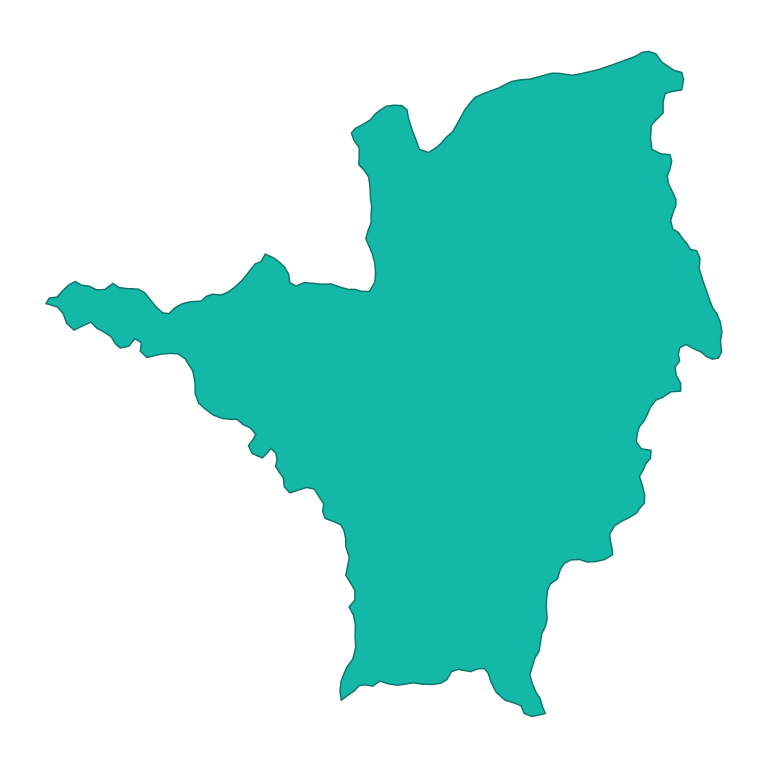 Sete Lagoas, Minas Gerais, Brazil
{"feature_id": "56859067B67283599101472", "entity_name": "Sete Lagoas", "entity_type": "district", "adm_level": 2, "iso_a3": "BRA", "parent_name": "Brazil", "parent_adm1": "Minas Gerais", "projection": "orthographic", "projection_center": [-44.272, -19.446], "detail": "fine", "context": "isolated", "style": "filled", "palette": "teal", "viewbox_px": 768, "rotation_deg": 0, "n_neighbors": 0, "source": "geoboundaries", "source_scale": "gbopen_adm2", "svg_char_len": 4024}
<svg xmlns="http://www.w3.org/2000/svg" viewBox="0 0 768 768"><path d="M428.6,152.5L419.4,149.4L415.7,139.2L411.7,128.7L408.5,118.5L406.9,109.7L401.8,105.6L394.0,105.2L386.4,106.3L380.7,109.7L375.6,113.7L370.3,119.9L362.4,124.7L355.3,128.4L351.4,133.0L353.9,140.2L359.2,147.7L359.2,155.9L358.8,164.7L364.6,170.8L368.7,177.2L369.7,184.7L370.3,190.9L370.4,198.3L371.7,206.5L371.1,215.0L371.1,222.8L368.2,230.2L365.8,238.7L368.7,245.3L372.3,253.6L375.0,264.2L375.5,272.8L375.0,281.8L369.5,291.4L361.7,291.4L355.1,289.4L348.4,289.4L341.0,287.4L331.3,284.0L320.4,284.2L313.0,283.3L304.4,282.6L296.0,286.0L289.7,282.6L288.7,274.4L284.5,267.0L278.7,261.6L273.3,257.8L265.3,254.1L261.2,261.5L255.1,264.0L249.6,271.0L242.8,279.6L234.6,287.3L227.9,292.2L221.0,295.1L212.8,294.2L206.4,296.3L201.2,301.1L189.9,301.8L181.7,304.0L174.9,307.9L168.8,313.6L162.7,312.9L156.7,307.5L151.2,301.0L144.8,292.9L138.5,289.2L132.6,288.8L126.5,288.6L118.9,287.5L113.0,283.4L104.8,289.5L96.8,289.9L89.0,286.1L81.6,285.2L75.3,281.5L68.9,284.8L62.8,290.6L57.1,297.1L49.3,298.0L46.1,303.6L57.3,306.9L63.2,313.7L66.6,323.2L74.0,330.1L83.3,325.5L90.9,322.1L96.8,328.2L103.4,331.7L111.2,336.8L115.4,343.8L120.2,348.0L128.8,346.2L134.9,338.7L141.3,342.6L140.4,351.3L147.0,357.5L153.9,355.7L161.5,354.1L170.7,353.4L178.2,353.9L185.0,358.7L188.7,364.5L192.6,370.6L194.2,377.7L195.1,384.0L195.2,393.4L198.5,402.9L204.8,408.7L213.5,415.2L222.8,418.6L231.1,419.3L236.9,419.2L243.2,424.7L250.5,428.0L255.8,434.5L252.8,439.9L248.4,445.6L252.3,453.6L262.4,457.9L266.6,453.6L271.1,448.4L275.9,453.4L277.1,460.0L275.6,466.4L278.9,471.8L283.4,478.0L284.3,486.8L289.8,492.9L299.7,489.6L307.0,487.4L314.3,489.2L319.6,497.6L323.7,503.7L322.7,511.5L325.2,518.4L332.7,521.2L340.9,524.8L343.9,530.3L345.5,537.3L346.0,547.3L349.3,557.5L347.4,567.3L345.8,575.2L351.5,584.6L355.0,590.8L354.8,600.2L349.1,607.0L353.5,615.2L355.4,624.7L355.1,636.2L355.7,647.1L354.4,653.2L352.6,659.4L347.1,666.8L344.0,673.7L341.0,681.5L340.0,691.7L341.3,700.2L348.1,695.1L354.2,690.9L359.2,685.6L365.3,684.8L372.6,686.1L379.8,681.1L388.7,683.9L397.6,685.2L404.9,684.1L413.1,682.8L421.9,684.1L432.3,684.5L440.9,683.2L446.7,679.8L451.5,671.6L458.2,669.3L464.3,670.5L470.9,671.6L477.3,668.9L484.4,668.5L488.3,673.5L490.8,681.5L496.2,692.3L505.0,700.2L513.8,702.9L520.9,705.6L524.2,713.4L531.8,716.5L538.9,715.1L545.3,713.4L542.4,706.5L540.1,698.5L535.9,692.0L532.7,684.5L529.8,675.0L532.4,666.1L535.0,657.7L538.9,651.6L540.4,642.7L541.8,633.6L545.5,626.2L547.2,618.6L546.5,610.4L546.3,604.1L546.8,597.6L547.5,590.2L550.4,583.9L557.5,578.8L560.3,569.4L564.1,563.6L570.9,559.9L579.5,559.5L586.9,562.0L595.5,561.6L604.4,559.6L612.6,554.8L611.9,547.3L610.3,540.8L609.7,534.1L614.7,525.6L621.8,521.2L629.5,517.4L636.5,513.0L640.0,507.9L644.3,503.2L644.7,495.3L642.3,485.2L639.4,476.6L643.1,470.1L645.6,464.1L650.4,458.2L651.1,450.4L641.4,448.8L636.2,441.7L637.3,433.2L639.5,426.5L643.7,421.6L647.0,415.2L650.5,407.0L655.8,400.2L662.8,397.2L670.9,391.8L680.6,391.1L680.6,383.2L676.1,375.1L675.1,366.9L679.6,361.2L678.3,354.3L679.8,347.6L686.1,344.5L694.1,348.9L701.1,352.0L706.4,356.5L712.3,359.1L718.4,358.1L721.5,352.0L720.5,340.7L721.9,331.6L720.3,322.1L716.8,313.6L712.7,307.9L709.7,300.3L706.8,291.6L703.4,282.3L701.5,276.0L699.2,268.7L699.9,258.2L696.6,250.7L690.3,249.4L687.0,243.7L682.3,238.2L678.4,232.4L672.7,229.0L670.7,220.5L673.3,211.6L675.9,205.5L675.8,199.2L672.7,192.3L668.8,184.5L667.2,176.4L669.8,169.5L671.7,161.4L669.9,154.6L661.1,153.9L651.9,149.4L650.5,138.3L651.3,125.4L656.4,119.6L663.1,113.1L663.1,101.6L665.3,93.4L672.6,91.4L681.6,90.0L683.6,79.5L681.7,72.4L674.0,70.4L667.0,65.6L661.8,62.1L655.8,53.7L648.7,51.5L642.3,52.3L635.2,56.4L612.2,64.9L598.9,69.5L580.7,73.8L572.1,75.3L558.8,73.3L551.8,73.3L544.1,75.3L536.8,77.3L529.4,79.2L520.4,79.8L511.5,81.5L505.1,84.6L498.9,87.9L491.9,90.5L483.2,93.7L474.9,97.4L469.1,104.2L464.6,110.3L460.1,118.5L456.0,126.0L452.4,132.1L446.4,137.1L441.3,143.2L436.1,147.7L428.6,152.5Z" fill="#14b8a6" stroke="#0f766e" stroke-width="1.5"/></svg>